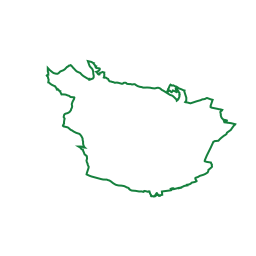 the district of Oniceni, Neamt, Romania, rotated 113°
{"feature_id": "2599482B19733002831114", "entity_name": "Oniceni", "entity_type": "district", "adm_level": 2, "iso_a3": "ROU", "parent_name": "Romania", "parent_adm1": "Neamt", "projection": "albers", "projection_center": [27.161, 46.781], "detail": "fine", "context": "isolated", "style": "outline", "palette": "green", "viewbox_px": 256, "rotation_deg": 113, "n_neighbors": 0, "source": "geoboundaries", "source_scale": "gbopen_adm2", "svg_char_len": 5693}
<svg xmlns="http://www.w3.org/2000/svg" viewBox="0 0 256 256"><g transform="rotate(113 128 128)"><path d="M179.1,149.0L180.3,148.7L185.5,148.3L186.9,148.0L187.0,144.9L186.9,142.7L185.5,132.6L185.1,130.6L183.8,127.4L183.8,126.0L183.6,124.8L183.8,123.1L184.6,120.2L185.0,117.5L185.0,116.6L184.6,114.3L183.6,111.5L183.0,109.0L183.0,107.2L183.2,106.1L183.1,105.7L183.0,104.7L183.3,103.3L183.8,103.0L183.9,102.2L184.1,101.9L184.1,100.1L182.9,96.5L182.1,93.0L181.1,90.8L180.8,89.0L180.7,88.7L179.8,88.6L179.5,88.2L179.2,86.8L179.0,85.0L178.2,84.2L178.0,83.7L178.0,83.4L178.8,83.1L179.0,82.6L179.4,82.4L180.0,81.8L180.4,80.9L181.1,80.4L181.5,80.4L181.7,79.9L181.3,79.6L181.2,79.1L181.2,78.4L181.0,78.1L181.0,77.5L180.6,77.4L180.5,77.0L180.4,76.6L180.3,76.4L179.7,76.1L179.3,76.6L178.7,75.9L178.4,75.9L178.2,75.9L177.8,76.4L176.8,76.2L176.7,75.8L176.9,75.6L177.1,75.8L177.8,75.1L177.4,75.0L177.9,74.2L177.7,73.9L177.9,73.8L178.0,73.4L178.4,72.9L177.9,72.0L177.7,71.9L177.3,72.0L176.1,70.4L173.2,72.0L169.1,65.0L168.4,64.0L167.3,64.9L166.6,63.8L166.4,63.9L166.0,63.3L166.7,63.0L166.0,62.1L166.3,61.8L163.3,57.9L163.6,57.7L162.3,55.9L162.1,56.1L159.7,53.8L159.4,53.7L157.7,51.0L157.2,51.5L156.4,50.2L155.6,49.2L154.7,48.5L153.4,48.0L151.6,45.4L150.2,44.1L149.9,44.2L148.9,45.7L148.6,46.0L148.0,46.4L147.5,46.4L145.7,44.4L144.0,43.2L141.6,40.3L140.1,38.9L137.8,37.3L136.0,37.3L135.0,37.6L134.1,37.0L131.2,35.6L130.4,35.7L129.7,36.3L128.8,36.5L128.2,37.6L127.4,38.2L128.4,42.2L128.7,45.1L128.5,44.8L128.1,44.7L122.5,44.7L113.9,44.2L107.3,44.0L106.9,43.5L106.2,43.1L105.9,42.5L104.4,39.8L102.6,39.2L100.6,38.3L97.5,36.6L96.5,35.8L95.1,35.0L94.6,35.0L93.8,35.1L93.5,35.0L89.6,32.6L87.9,32.3L84.1,31.4L82.9,30.7L82.6,30.7L83.3,35.1L84.0,37.7L84.2,38.1L84.2,38.4L85.1,41.5L84.0,42.5L83.2,41.4L83.1,40.6L82.9,39.9L82.6,39.8L82.4,40.0L82.7,42.0L83.1,43.3L82.2,45.5L81.7,46.2L80.3,47.4L79.7,47.8L79.2,47.8L77.4,49.2L77.0,49.3L76.3,49.1L75.3,48.4L74.5,48.3L74.7,50.0L75.3,52.1L75.3,52.6L76.6,59.0L76.6,59.5L76.5,60.1L75.9,60.2L75.6,60.6L69.0,61.1L69.3,63.2L69.5,67.0L69.9,67.5L71.0,68.3L71.9,69.5L72.6,70.8L74.0,72.0L76.7,75.4L79.1,78.1L80.9,80.2L81.3,83.3L81.8,85.1L81.8,85.5L80.0,85.1L77.4,86.1L72.4,90.4L71.4,90.6L71.6,91.7L71.5,94.1L71.6,96.6L71.4,97.9L71.2,98.2L71.1,99.0L71.0,100.2L71.3,100.8L71.0,102.9L71.8,104.1L71.6,104.5L71.6,105.3L71.5,105.8L72.6,106.1L75.8,106.1L76.3,106.3L76.6,106.1L79.8,106.2L79.9,105.5L78.9,105.4L78.5,105.1L77.3,104.9L77.3,104.5L77.5,104.1L77.4,103.8L78.0,102.3L78.0,101.8L77.5,101.6L75.9,101.3L76.0,100.5L75.8,99.0L76.0,97.9L76.0,97.2L75.7,97.1L74.5,97.5L74.2,98.4L73.4,99.4L72.8,99.4L72.7,99.3L72.7,98.9L73.6,97.3L73.9,97.1L74.4,96.0L75.3,95.1L75.6,94.3L76.4,94.0L77.3,93.8L77.3,93.4L78.2,93.3L79.0,92.9L81.4,92.9L81.6,93.2L82.9,93.2L83.8,93.8L83.2,94.2L82.7,94.9L81.5,97.9L80.9,99.8L81.1,102.2L79.8,110.2L79.8,111.4L79.5,112.5L79.3,112.9L79.2,113.6L79.0,114.1L79.1,115.7L79.5,116.7L81.1,118.8L81.7,120.7L82.1,122.3L82.2,123.2L83.1,125.8L84.9,129.8L85.0,131.4L85.6,133.8L85.5,134.4L85.7,135.6L85.4,136.9L85.4,137.5L85.1,138.3L85.1,139.0L85.4,139.7L86.4,141.3L86.5,142.6L87.1,144.0L87.7,146.0L87.6,146.7L87.3,147.3L87.3,147.9L87.5,148.5L88.2,149.7L89.2,150.1L89.7,150.9L90.2,154.8L90.4,155.2L90.4,155.7L90.8,156.6L91.5,157.7L91.5,159.0L91.6,160.0L91.8,160.5L91.8,161.5L92.2,163.2L91.6,164.5L90.9,165.1L90.6,165.6L90.6,166.8L90.4,167.3L90.3,168.0L90.4,168.6L90.6,168.7L91.0,169.5L91.0,169.9L90.6,169.8L89.5,170.3L88.3,170.5L87.6,170.9L86.9,171.4L86.2,171.5L86.4,173.4L86.7,173.6L87.7,174.5L87.9,174.9L88.7,175.5L89.1,175.6L89.8,175.2L90.2,175.7L90.0,176.8L89.4,177.7L89.0,178.1L88.7,179.1L87.7,177.8L87.1,177.7L86.8,177.4L86.4,177.1L85.1,176.9L84.4,177.2L84.3,177.4L84.4,178.0L85.0,180.1L85.1,180.7L84.9,180.9L84.8,181.3L83.7,181.4L84.0,182.2L83.3,182.7L83.1,183.3L82.7,183.6L82.5,184.3L81.8,184.9L82.3,185.8L81.7,185.4L81.7,186.4L81.5,187.0L81.5,187.7L82.1,191.1L85.8,187.7L86.5,186.6L87.4,184.4L88.0,183.5L89.1,182.5L90.3,181.8L91.9,181.0L92.9,180.2L94.0,179.7L94.9,179.4L96.2,179.7L98.4,182.0L98.7,182.4L97.8,182.8L98.3,183.7L98.3,184.7L97.6,189.4L97.0,191.4L96.0,193.5L96.0,196.8L95.7,198.1L95.0,199.7L94.3,201.2L94.0,202.1L93.2,203.5L92.8,204.5L92.6,204.9L92.6,205.6L93.4,206.0L93.8,206.9L95.3,207.5L95.6,208.0L98.6,209.1L100.0,210.0L102.4,212.4L104.8,213.4L105.7,214.2L106.2,215.7L106.5,218.0L106.2,219.3L105.3,222.6L104.1,225.3L107.3,223.9L108.4,222.9L110.0,222.2L110.1,222.6L111.4,223.3L111.9,222.6L112.1,221.9L112.8,221.3L113.5,220.9L114.4,220.0L115.3,219.7L117.2,219.2L117.1,218.1L117.6,217.1L118.0,215.0L118.1,212.9L118.1,211.3L118.3,210.9L118.9,210.5L119.1,210.0L119.3,209.3L120.5,208.5L120.5,208.2L119.7,207.7L119.8,207.1L120.7,205.8L120.6,204.8L121.0,204.8L121.6,204.0L123.1,202.3L122.6,201.3L121.8,199.1L121.6,198.2L121.6,196.4L121.4,194.6L121.9,193.2L121.9,192.9L120.8,189.5L120.9,189.3L122.4,189.0L125.3,189.3L128.0,189.1L129.8,187.9L131.2,187.6L132.9,187.7L133.9,187.5L135.9,188.0L136.6,188.4L137.9,189.4L139.2,191.1L140.0,191.7L140.6,191.9L142.7,191.6L143.3,191.3L144.0,190.1L144.3,189.9L145.0,189.9L147.7,189.2L148.9,188.6L149.8,188.8L150.3,188.6L150.9,188.9L151.4,188.8L151.7,188.0L151.7,187.7L151.5,186.8L151.0,183.8L151.1,183.1L152.0,180.3L152.1,179.8L152.1,178.5L152.5,176.7L152.7,173.8L152.4,170.6L152.7,169.5L153.8,167.6L155.4,165.7L156.9,165.0L158.1,164.0L159.8,163.3L160.9,162.6L162.6,160.9L162.9,160.1L163.1,160.7L163.2,161.6L163.1,162.5L163.3,163.5L163.6,164.4L164.4,166.3L164.7,164.2L165.7,162.4L165.6,161.1L165.8,160.8L166.8,160.2L167.3,159.5L169.3,157.6L169.5,156.3L169.8,155.9L169.8,155.5L170.0,154.9L172.3,153.7L174.2,153.5L175.8,152.3L176.5,151.3L177.2,151.0L177.8,150.5L179.1,149.0Z" fill="none" stroke="#15803d" stroke-width="2"/></g></svg>